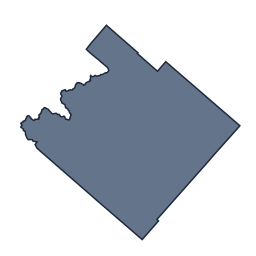 Grant, Oregon, United States of America, rotated 221°
{"feature_id": "52423323B75310432732693", "entity_name": "Grant", "entity_type": "district", "adm_level": 2, "iso_a3": "USA", "parent_name": "United States of America", "parent_adm1": "Oregon", "projection": "robinson", "projection_center": [-118.403, 44.478], "detail": "fine", "context": "isolated", "style": "filled", "palette": "slate", "viewbox_px": 256, "rotation_deg": 221, "n_neighbors": 0, "source": "geoboundaries", "source_scale": "gbopen_adm2", "svg_char_len": 3633}
<svg xmlns="http://www.w3.org/2000/svg" viewBox="0 0 256 256"><g transform="rotate(221 128 128)"><path d="M44.1,53.1L44.0,77.9L46.2,77.9L45.5,152.7L45.5,165.3L45.0,203.1L143.0,202.8L143.0,190.2L169.8,190.3L169.8,191.3L197.7,191.3L211.7,191.4L211.5,166.4L211.1,160.1L209.7,159.9L203.6,159.9L197.0,160.0L195.8,160.2L191.7,160.1L185.9,160.2L182.8,160.2L180.3,158.9L180.0,156.9L180.3,155.9L180.7,155.3L181.1,155.2L181.3,154.5L181.6,153.9L181.8,153.2L182.1,152.3L182.4,151.6L182.9,151.1L183.2,150.9L183.7,150.5L183.6,149.1L184.2,148.5L184.8,147.9L185.4,146.6L186.3,146.4L187.1,146.3L187.5,145.7L187.6,145.3L187.7,144.4L188.1,143.6L189.6,143.2L190.2,143.1L190.6,143.2L190.5,142.7L190.0,142.0L189.1,141.3L188.5,140.3L188.5,139.6L188.2,139.4L187.8,139.5L187.5,139.3L187.5,138.4L188.1,137.8L188.2,137.0L188.5,136.5L188.9,135.6L189.3,134.9L189.3,133.8L189.2,133.0L189.0,132.0L189.6,131.2L190.0,131.4L190.9,131.4L191.5,131.0L192.1,130.9L192.6,131.0L193.2,130.8L193.8,130.3L194.2,130.4L194.7,130.2L195.1,129.7L195.6,129.3L196.1,128.7L195.8,128.3L196.0,127.6L195.9,126.5L195.5,125.3L195.1,124.5L194.8,124.1L194.6,123.7L194.6,123.1L194.9,122.1L195.2,121.6L195.0,120.9L195.0,120.2L195.5,119.5L195.9,119.4L196.4,119.3L196.9,118.5L197.3,117.8L197.6,117.6L197.6,117.4L197.7,117.1L197.8,116.3L198.2,115.9L198.4,115.4L198.9,115.2L198.9,115.3L199.5,115.3L199.9,115.6L200.4,115.8L200.6,115.4L201.2,114.8L201.3,114.2L201.6,113.9L201.5,113.5L202.0,112.9L202.3,112.4L201.8,111.4L201.8,110.6L201.1,109.6L199.9,109.1L199.5,109.0L198.8,108.8L198.6,108.2L198.4,107.4L198.2,106.9L198.3,106.5L198.2,106.0L197.4,105.3L196.9,104.7L195.7,104.5L194.5,103.6L193.8,103.6L193.2,103.9L192.5,104.0L191.8,104.0L191.2,104.1L190.7,104.1L190.4,104.0L190.1,103.7L189.4,103.2L189.1,102.8L188.4,102.4L187.9,102.6L187.3,102.5L186.5,102.9L185.9,102.8L184.7,102.2L183.4,102.1L182.6,101.4L182.1,101.3L181.5,101.0L180.8,101.1L180.1,100.7L179.5,100.7L179.5,100.3L179.1,99.2L178.4,97.6L177.9,96.5L177.8,95.3L178.0,95.1L178.9,94.9L179.7,94.5L180.2,94.2L180.4,94.1L180.8,93.8L181.1,94.1L181.9,94.3L182.8,94.6L183.1,95.0L183.6,95.1L184.0,94.9L184.3,94.7L184.5,94.4L184.6,93.8L184.7,93.5L185.9,92.7L186.2,92.5L186.7,92.4L187.2,92.7L188.1,93.0L189.0,93.0L189.4,92.6L189.5,92.1L190.0,91.9L190.6,92.0L191.2,92.2L191.5,92.1L191.9,92.0L192.3,91.6L193.0,90.6L193.5,90.1L193.7,89.7L194.4,89.2L195.4,89.0L196.3,89.2L196.9,89.3L198.5,89.4L199.6,89.6L200.3,89.8L201.2,89.5L202.3,89.3L203.1,89.0L203.8,89.0L204.3,88.6L204.7,87.7L204.4,86.5L204.7,86.1L205.0,85.7L204.9,85.1L204.5,84.5L204.0,83.9L203.9,83.4L204.0,83.1L203.8,82.7L203.5,82.2L203.3,82.0L203.3,81.6L203.6,81.4L203.4,81.0L203.6,80.3L203.8,79.9L203.8,79.4L203.4,78.9L202.8,78.7L202.5,78.6L202.4,78.3L202.1,78.2L201.9,77.9L202.1,77.7L202.2,77.1L202.0,76.8L201.5,76.6L201.2,76.3L201.3,75.9L201.9,75.5L202.3,75.1L202.5,74.6L203.1,74.2L203.9,73.7L203.9,73.3L203.8,72.8L203.7,72.5L203.8,72.1L204.0,72.0L204.5,71.7L205.4,71.8L206.0,71.7L206.6,71.4L206.8,71.3L207.1,71.4L207.3,71.6L207.8,71.9L208.4,72.0L208.8,72.0L209.1,72.0L210.0,72.2L210.8,72.2L211.4,71.9L211.6,71.6L211.5,71.1L211.7,70.7L211.8,70.5L211.8,70.1L211.5,69.6L211.1,68.5L211.1,67.7L210.6,66.9L210.7,66.1L210.5,65.9L210.6,65.4L211.1,65.1L211.4,64.7L211.4,64.0L211.2,63.8L211.1,63.3L211.6,63.0L211.6,62.8L211.8,62.0L212.0,61.7L211.9,61.3L211.6,61.1L211.4,60.9L211.0,61.0L210.5,60.8L210.2,60.6L209.8,60.5L209.6,60.0L209.7,59.5L209.7,59.1L209.7,58.6L209.6,58.4L206.0,58.5L205.3,57.5L203.3,58.0L201.0,55.8L197.8,54.2L195.7,53.7L192.7,56.4L191.1,55.8L187.4,57.8L187.3,54.6L183.6,53.1L177.8,53.0L103.1,52.9L44.7,53.1L44.1,53.1Z" fill="#64748b" stroke="#1e293b" stroke-width="1.5"/></g></svg>